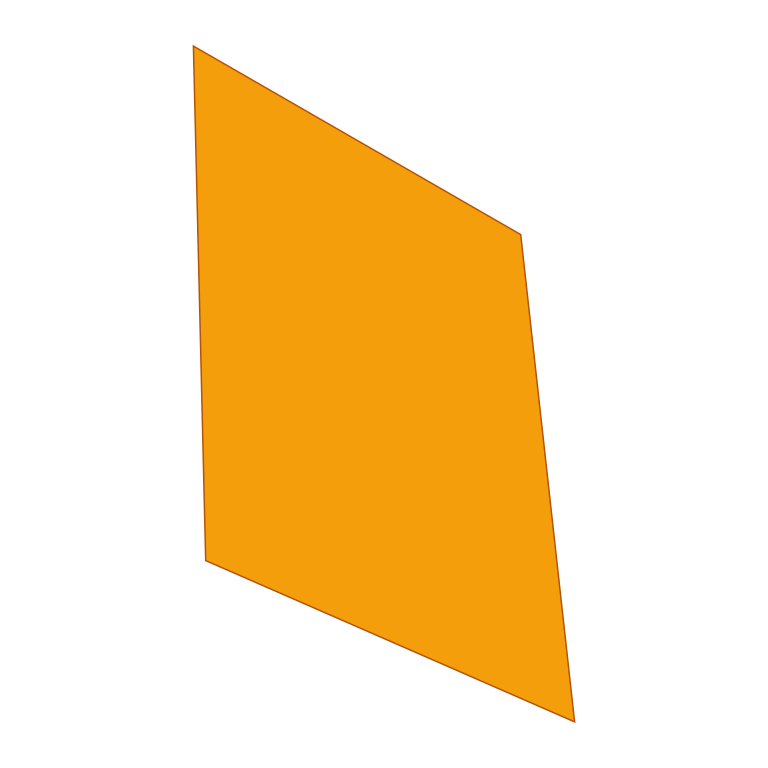 outline of The Quarter, rotated 270°
{"feature_id": "AIA-5125", "entity_name": "The Quarter", "entity_type": "District", "adm_level": 1, "iso_a3": "AIA", "parent_name": "Anguilla", "parent_adm1": "", "projection": "natural_earth1", "projection_center": [-63.039, 18.231], "detail": "fine", "context": "isolated", "style": "filled", "palette": "amber", "viewbox_px": 768, "rotation_deg": 270, "n_neighbors": 0, "source": "natural_earth", "source_scale": "10m", "svg_char_len": 242}
<svg xmlns="http://www.w3.org/2000/svg" viewBox="0 0 768 768"><g transform="rotate(270 384 384)"><path d="M533.4,520.7L46.1,574.6L155.6,324.2L207.4,205.7L721.9,193.4L533.4,520.7Z" fill="#f59e0b" stroke="#b45309" stroke-width="1.5"/></g></svg>